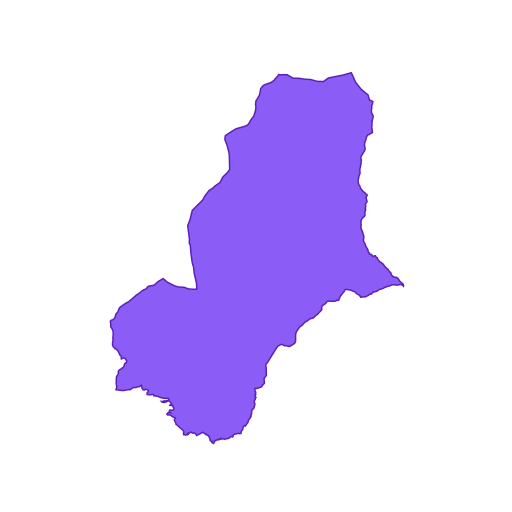 Albestii De Muscel, Arges, Romania, rotated 48°
{"feature_id": "2599482B98216268157036", "entity_name": "Albestii De Muscel", "entity_type": "district", "adm_level": 2, "iso_a3": "ROU", "parent_name": "Romania", "parent_adm1": "Arges", "projection": "orthographic", "projection_center": [24.987, 45.368], "detail": "fine", "context": "isolated", "style": "filled", "palette": "violet", "viewbox_px": 512, "rotation_deg": 48, "n_neighbors": 0, "source": "geoboundaries", "source_scale": "gbopen_adm2", "svg_char_len": 6138}
<svg xmlns="http://www.w3.org/2000/svg" viewBox="0 0 512 512"><g transform="rotate(48 256 256)"><path d="M340.4,429.3L341.4,428.3L341.9,428.3L342.2,427.6L342.8,427.0L343.0,426.5L342.5,426.2L343.2,425.6L342.9,425.0L342.5,424.7L342.2,424.8L342.2,424.6L343.0,424.5L342.9,422.9L343.3,422.7L343.4,422.3L343.9,421.8L344.9,421.8L346.2,420.6L346.2,420.3L347.5,419.8L349.7,420.2L351.5,413.4L354.6,412.8L355.0,412.4L355.3,412.7L357.3,411.6L358.0,411.9L358.8,411.6L360.4,412.5L361.9,412.9L362.0,413.3L362.7,413.6L364.5,412.8L364.5,413.1L365.1,413.6L366.9,413.0L366.4,411.2L365.4,410.4L365.5,410.2L366.3,409.4L366.2,408.6L367.5,406.9L367.1,406.6L367.9,406.2L368.1,405.6L367.9,404.5L368.7,404.5L369.0,404.1L369.0,403.5L371.1,402.0L373.3,398.2L373.3,395.3L374.7,394.7L374.7,393.7L373.8,393.1L374.1,390.7L374.7,390.3L375.8,387.9L376.8,387.4L377.8,386.0L376.4,384.0L376.0,381.9L374.6,380.1L374.2,378.2L374.4,377.9L375.2,377.7L374.2,373.1L373.3,372.1L372.9,371.2L372.5,368.8L371.9,368.2L372.1,367.5L371.6,366.6L370.5,366.0L370.5,365.0L369.5,364.2L367.8,362.1L367.7,361.7L367.8,360.3L367.5,358.9L366.7,358.1L365.9,356.5L364.4,355.3L363.5,355.3L362.9,354.7L362.3,353.5L362.2,352.6L361.4,352.0L361.1,350.7L360.5,350.8L360.1,350.5L359.0,350.4L358.8,349.6L359.0,349.1L358.0,348.8L357.9,348.1L357.3,347.5L355.5,346.9L353.7,345.6L353.9,345.0L354.2,345.0L355.4,343.4L356.7,340.1L356.9,339.1L356.2,336.7L356.3,335.4L356.0,334.7L352.5,332.1L351.7,328.3L351.4,327.9L345.7,323.1L343.5,321.7L342.9,320.3L342.9,319.0L338.3,303.1L337.6,299.7L338.6,296.4L339.1,295.8L341.7,294.9L343.1,293.4L345.5,291.9L346.3,289.4L346.2,288.5L346.6,287.4L346.6,285.0L345.7,283.5L341.3,279.5L339.8,277.7L339.1,275.9L338.1,271.5L338.0,270.1L338.3,269.1L338.3,267.7L338.0,264.8L338.0,263.2L338.5,261.8L338.7,258.3L340.4,254.7L340.2,251.2L340.5,249.9L340.4,248.4L340.1,246.2L340.2,244.8L339.8,242.9L338.3,241.9L337.3,240.0L337.8,236.5L337.8,235.7L337.3,233.9L337.6,232.8L342.0,228.2L342.6,227.1L343.1,225.6L344.2,224.2L342.5,220.7L341.6,216.3L341.4,214.3L340.8,212.8L340.8,211.9L341.8,210.6L342.8,210.1L344.5,208.6L349.4,206.2L351.0,206.5L354.6,205.3L354.9,205.6L356.0,205.5L356.7,205.8L358.7,202.9L359.4,202.4L360.4,199.1L360.5,197.9L360.4,197.8L360.7,196.8L361.5,195.7L361.2,193.8L361.5,192.8L363.1,189.6L363.3,187.2L365.0,183.4L365.4,182.2L365.3,181.6L366.0,180.3L366.3,179.1L367.5,177.1L368.2,174.8L369.2,173.2L372.4,170.3L373.3,168.4L375.0,166.7L377.1,166.6L376.6,166.0L375.0,165.5L371.0,166.0L368.1,165.5L366.1,165.8L364.1,167.5L363.2,168.0L362.8,167.7L362.3,168.0L360.8,168.0L358.2,166.9L356.9,167.4L354.1,166.8L352.8,167.2L351.1,167.1L350.2,167.3L347.0,166.9L345.8,167.3L344.9,167.2L343.5,167.9L340.0,167.7L338.3,167.1L337.5,167.6L335.8,167.1L335.1,167.8L334.7,169.2L333.9,169.5L332.3,169.1L331.3,169.9L330.1,170.3L330.0,169.9L327.9,169.7L326.0,168.6L322.0,167.8L320.1,166.9L317.0,166.2L316.1,165.5L313.7,162.8L308.3,160.2L306.6,159.9L304.4,158.4L303.3,157.0L302.1,156.4L301.0,155.1L300.2,154.7L299.1,151.9L299.0,150.6L299.2,149.2L298.8,147.9L296.4,145.9L294.8,143.3L293.5,142.8L292.7,141.3L290.8,140.2L289.9,137.1L286.1,135.1L285.5,133.3L285.0,132.5L282.7,132.9L281.6,132.7L280.1,133.2L276.2,133.1L273.2,132.0L271.7,131.9L268.4,129.9L265.0,125.2L264.3,123.5L260.8,120.6L259.3,118.2L258.4,117.4L257.7,116.0L256.6,115.3L255.3,113.5L253.3,112.6L252.4,111.5L250.2,104.3L249.4,103.2L246.3,101.3L244.6,99.5L243.2,96.6L241.9,95.1L240.8,92.2L241.5,90.5L241.7,88.9L242.2,86.9L239.7,85.0L238.1,84.2L236.2,82.1L235.0,81.3L234.1,79.9L233.0,79.0L231.8,76.8L230.3,75.2L226.9,74.3L225.0,72.9L223.9,71.4L222.0,69.7L220.3,66.9L219.5,65.8L217.2,66.6L216.2,67.4L211.4,65.0L202.2,66.3L193.5,65.7L183.6,62.5L179.8,70.2L172.1,83.2L171.5,89.1L167.0,93.8L161.3,97.4L156.7,102.0L153.2,104.7L148.6,109.5L142.0,111.6L137.1,117.2L136.3,117.7L136.9,119.4L137.1,123.2L137.6,124.8L137.1,128.8L134.7,134.5L134.2,136.7L134.7,140.4L138.6,145.4L140.9,152.5L143.3,155.2L144.6,155.8L147.2,158.5L150.5,163.9L151.7,169.8L152.8,172.7L153.0,174.8L152.1,177.6L148.1,185.7L146.9,192.2L146.7,194.1L146.2,196.9L146.2,198.5L148.4,201.0L150.8,202.1L153.4,202.9L160.7,206.7L163.1,208.3L174.1,217.7L174.9,221.5L175.1,227.7L177.3,233.5L176.5,240.2L176.7,242.8L175.9,247.0L177.2,254.0L178.7,258.1L179.5,272.9L184.9,280.8L187.8,286.5L199.1,294.3L201.0,296.3L202.2,297.2L204.0,297.6L210.0,302.2L218.2,307.8L223.1,310.2L227.5,313.5L236.5,318.5L241.0,322.2L239.2,324.4L235.3,328.2L231.3,330.3L227.2,334.3L223.9,336.4L216.1,339.4L210.6,340.2L209.5,345.8L209.5,351.3L206.5,356.1L206.5,358.2L206.9,359.3L206.5,361.0L206.1,361.8L205.5,364.7L205.7,366.0L205.0,371.2L204.8,381.1L203.8,385.1L203.1,391.7L203.5,393.0L205.1,396.1L205.3,397.2L205.3,398.3L205.7,399.4L207.3,401.8L207.8,404.1L207.5,405.3L206.8,406.7L207.0,407.9L208.8,409.0L211.4,411.3L214.2,411.8L216.1,412.5L218.0,413.9L221.8,417.8L223.3,418.9L224.2,420.4L226.3,422.3L228.0,422.8L230.2,422.5L230.7,422.8L231.2,422.3L234.0,422.1L238.6,423.4L240.1,423.2L242.4,424.9L243.3,422.2L245.3,421.9L247.7,422.5L248.3,423.2L248.2,425.9L249.7,427.9L249.9,429.4L249.6,431.0L249.7,432.2L249.2,433.5L249.5,435.5L251.4,437.0L252.4,440.4L253.6,441.8L257.1,445.1L260.3,447.3L261.7,449.5L266.1,445.8L267.6,444.1L269.2,441.3L271.3,438.7L271.3,437.2L271.8,435.1L273.5,433.1L273.9,431.6L275.0,430.3L275.4,427.7L277.8,429.1L279.9,429.5L280.9,428.7L281.1,427.1L282.8,426.2L283.8,426.0L284.7,427.0L284.7,428.3L286.1,429.6L288.5,427.5L289.3,425.9L290.5,424.8L291.5,425.5L294.1,423.2L297.8,421.4L300.7,419.2L303.1,416.4L304.6,417.0L304.8,417.5L302.9,420.6L301.9,421.6L301.8,422.7L300.8,423.6L301.7,423.6L303.5,422.1L304.5,419.9L304.8,418.5L305.5,417.6L306.7,417.4L308.1,417.7L309.2,417.4L309.8,418.0L309.1,419.8L309.2,420.0L310.0,419.5L310.6,418.5L311.6,417.9L312.6,418.7L314.2,418.9L314.7,419.4L315.0,421.0L312.7,423.3L313.3,424.4L315.2,424.4L314.1,425.1L314.1,425.6L313.6,426.3L313.8,427.9L314.2,428.2L314.9,428.1L316.2,426.6L317.1,426.1L318.9,425.7L319.3,425.4L319.8,425.6L321.9,424.3L322.6,424.6L322.7,426.0L323.8,426.6L327.2,427.7L327.8,428.2L329.6,427.5L330.0,427.7L337.0,426.9L338.4,427.3L339.1,428.4L339.3,428.6L339.4,428.4L340.4,429.3Z" fill="#8b5cf6" stroke="#5b21b6" stroke-width="1.5"/></g></svg>